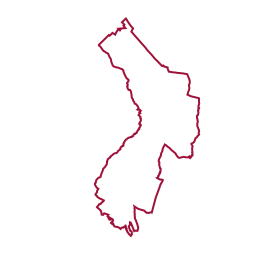 Lungesti, Vâlcea, Romania (Robinson projection), rotated 225°
{"feature_id": "2599482B14726435776236", "entity_name": "Lungesti", "entity_type": "district", "adm_level": 2, "iso_a3": "ROU", "parent_name": "Romania", "parent_adm1": "Vâlcea", "projection": "robinson", "projection_center": [24.176, 44.603], "detail": "fine", "context": "isolated", "style": "outline", "palette": "rose", "viewbox_px": 256, "rotation_deg": 225, "n_neighbors": 0, "source": "geoboundaries", "source_scale": "gbopen_adm2", "svg_char_len": 5720}
<svg xmlns="http://www.w3.org/2000/svg" viewBox="0 0 256 256"><g transform="rotate(225 128 128)"><path d="M206.9,203.9L207.0,198.5L203.6,198.5L203.6,197.2L200.5,196.8L204.6,191.9L202.9,192.2L202.7,191.3L204.8,190.9L203.6,186.0L203.1,185.0L206.3,184.2L206.2,183.6L206.2,180.3L207.3,180.2L207.4,166.2L207.0,165.9L206.4,165.8L205.0,166.0L199.9,165.1L199.0,165.5L196.5,165.9L194.6,166.5L191.4,165.2L188.8,164.6L186.6,163.0L182.9,161.4L181.5,161.4L181.3,161.6L179.0,162.7L177.7,163.7L174.3,165.1L173.7,165.5L171.9,165.4L171.0,164.6L169.6,164.1L168.7,163.6L165.7,162.6L164.1,162.2L162.9,162.4L161.5,162.3L161.4,162.1L161.0,161.8L160.9,161.2L160.6,160.6L160.7,159.6L160.4,159.0L159.9,158.8L158.9,158.6L158.1,156.8L157.9,156.7L157.3,156.8L156.8,156.0L156.4,155.8L154.7,155.4L154.3,155.5L154.0,156.0L153.6,156.3L152.4,156.1L151.5,155.7L149.0,154.0L147.0,152.3L145.4,151.8L145.0,151.9L143.7,151.0L142.8,150.8L142.1,150.9L141.8,150.6L142.0,150.5L141.6,150.5L140.6,150.0L140.1,150.1L139.4,150.5L138.9,150.5L136.3,150.2L135.4,149.9L134.5,149.4L134.5,149.2L134.4,148.9L134.4,148.5L134.1,148.3L134.2,147.8L133.7,148.0L133.5,148.4L133.5,148.9L133.4,149.0L132.8,149.2L131.2,149.2L131.2,148.8L131.0,148.5L131.2,147.9L131.2,147.1L129.8,147.1L130.0,145.8L129.7,144.6L127.0,144.7L126.2,143.6L125.5,143.7L124.9,142.9L124.5,142.8L123.8,141.6L123.7,140.7L123.2,139.1L122.8,138.8L122.3,139.2L122.0,138.9L121.4,139.2L120.9,139.1L120.8,138.8L120.8,138.2L120.4,137.7L120.0,135.6L119.5,135.5L119.3,135.3L119.3,135.0L119.7,134.7L119.2,133.4L119.3,132.9L119.1,132.2L119.0,131.7L118.9,131.3L118.6,131.1L118.4,130.4L118.8,129.7L118.7,128.9L119.3,128.6L119.1,128.1L119.4,127.4L119.0,126.4L118.7,126.0L118.8,125.7L118.8,125.2L119.3,124.7L119.1,124.4L119.1,124.1L119.9,123.3L120.0,122.6L120.8,121.3L120.8,121.0L121.0,120.2L121.0,119.0L121.3,118.3L121.1,117.3L121.1,116.6L120.6,115.6L120.7,115.2L120.4,114.4L120.3,114.2L120.0,114.0L120.0,113.3L119.8,113.1L119.2,112.8L119.1,112.4L118.7,112.0L119.4,111.0L119.2,110.5L119.5,109.8L119.1,108.2L118.6,108.0L118.4,107.8L118.5,106.9L118.4,106.3L118.8,105.2L118.7,104.1L118.4,103.6L118.4,102.1L119.3,101.1L119.9,99.5L119.9,98.8L119.8,98.2L120.2,96.4L120.0,95.6L120.1,95.4L120.0,95.2L120.1,94.9L119.8,94.6L120.0,94.2L120.0,92.8L120.2,91.9L119.6,90.3L119.2,90.0L119.2,89.4L118.5,88.9L117.4,87.5L117.3,87.1L117.1,86.4L117.1,85.7L116.7,84.4L116.7,81.5L115.7,80.0L114.7,77.3L114.2,76.5L113.7,75.2L112.8,74.1L113.2,72.9L113.7,72.0L113.7,69.7L113.7,69.2L113.0,67.6L112.1,66.6L112.2,65.6L111.9,65.1L111.3,64.6L108.9,63.9L107.9,63.8L105.9,64.0L105.6,62.0L104.6,60.8L104.4,60.3L104.2,58.3L103.9,58.0L103.5,57.8L102.3,57.8L101.5,58.0L100.7,57.6L98.3,58.1L96.4,58.9L93.9,59.7L93.8,59.2L93.6,59.0L93.7,57.3L93.9,57.0L93.8,56.7L93.9,55.7L93.6,55.1L93.6,54.8L94.5,53.8L94.5,53.3L94.2,52.8L94.1,50.8L94.1,50.4L94.0,50.1L92.9,50.1L91.8,50.3L88.8,50.3L88.2,50.0L88.1,49.8L86.8,49.3L85.4,48.1L84.2,49.0L84.5,50.8L80.5,52.8L80.0,51.2L76.8,51.9L77.9,50.5L76.3,50.0L74.5,52.5L73.4,52.3L73.1,51.8L73.0,50.9L72.6,50.9L72.4,50.7L72.4,50.3L73.0,49.7L73.0,48.9L72.8,48.8L71.1,49.0L71.1,49.6L70.7,49.8L68.2,48.8L67.0,49.4L64.7,51.0L61.9,51.4L62.1,51.9L61.9,52.5L62.0,53.0L61.6,53.7L61.2,53.9L60.9,54.3L61.0,55.0L60.7,55.4L60.7,56.1L60.5,56.5L60.8,57.3L60.2,57.8L60.5,57.4L59.7,56.7L58.8,56.1L58.5,56.1L58.7,55.6L57.0,55.1L57.1,54.9L54.6,54.0L54.4,54.1L52.1,53.6L51.8,53.8L51.4,53.9L50.2,53.6L49.7,53.7L50.1,55.7L52.4,57.4L53.6,56.9L55.0,57.4L57.8,59.0L58.0,59.5L58.0,60.7L59.9,62.7L59.2,63.0L58.5,62.8L50.7,59.5L50.6,60.2L48.6,62.0L50.1,64.5L50.6,65.0L52.1,65.7L53.7,66.7L55.0,67.2L56.9,68.2L58.6,68.7L59.6,69.2L60.0,69.8L61.7,71.1L62.2,71.9L63.5,72.7L65.2,74.7L66.7,75.8L67.0,76.4L67.2,76.6L68.0,77.1L65.4,77.6L63.8,78.0L61.4,79.2L60.3,79.9L60.0,79.9L59.2,80.5L57.9,81.1L57.3,81.2L56.7,81.0L55.0,81.1L54.2,82.0L53.5,82.3L52.4,84.3L52.1,84.7L51.4,85.0L59.3,98.7L63.4,107.6L65.2,111.3L65.9,114.4L66.6,115.8L67.9,115.3L68.6,114.4L70.0,113.8L71.4,113.4L71.4,113.6L71.9,113.5L71.6,114.0L72.3,114.6L72.3,115.1L72.7,115.3L72.6,116.1L72.9,116.5L73.4,117.9L73.9,118.6L74.0,118.8L73.5,118.9L74.4,120.5L75.2,121.1L76.0,122.3L76.3,122.4L76.7,122.2L77.1,122.3L80.1,124.2L80.5,124.5L81.1,125.6L81.5,125.9L82.6,126.0L83.7,127.4L84.7,129.8L84.7,130.2L85.1,131.5L86.4,133.1L87.4,136.0L88.6,137.6L89.7,140.3L89.7,141.2L90.3,142.3L88.9,142.7L85.9,142.9L84.6,143.3L82.0,143.1L77.2,143.6L76.4,143.6L75.2,143.2L72.1,142.7L71.3,142.8L70.5,143.3L68.3,146.9L65.9,148.6L65.0,149.5L64.8,150.0L64.4,151.7L63.9,151.7L63.2,150.5L62.8,150.6L62.9,152.6L63.2,153.4L63.6,154.1L63.2,154.4L64.5,155.7L65.2,155.9L65.3,156.4L66.5,157.3L67.5,158.4L68.4,159.0L68.6,159.5L69.3,160.6L70.1,161.1L70.9,161.1L72.0,161.6L72.0,162.1L71.5,163.4L71.4,164.7L71.9,166.3L73.0,168.2L73.0,168.5L72.8,169.6L72.9,170.1L72.8,170.5L73.2,171.7L73.0,172.7L73.2,173.8L74.2,174.2L74.6,174.5L75.4,176.0L76.0,176.5L80.7,178.6L82.2,180.2L83.0,181.8L83.4,182.1L84.7,182.8L85.0,183.3L85.9,183.7L87.8,185.2L87.9,185.5L87.7,186.4L88.4,187.8L89.2,188.7L89.6,189.1L90.4,189.5L90.8,189.9L91.0,190.2L90.9,190.5L91.1,190.6L91.9,191.4L91.9,191.7L91.7,192.1L91.9,192.5L92.9,192.5L93.7,193.3L94.2,194.4L95.0,195.7L97.0,197.3L97.8,198.3L98.3,198.6L98.6,199.1L98.8,199.2L99.8,198.7L106.0,194.9L109.5,193.6L110.2,194.9L110.8,195.8L111.8,198.2L112.9,199.7L115.4,201.5L115.6,202.4L116.0,203.3L117.2,204.6L118.7,205.6L124.1,207.9L125.2,207.2L127.7,205.5L132.3,201.7L133.8,200.7L134.6,199.9L139.0,196.7L142.3,198.2L142.8,198.8L144.3,198.0L145.9,197.0L146.3,197.2L147.4,197.1L147.6,196.0L148.3,195.9L154.9,196.1L158.2,196.0L158.8,196.1L163.3,196.5L169.3,196.7L172.9,197.2L177.2,197.4L193.7,198.5L194.9,202.0L196.3,202.0L199.1,202.3L203.4,203.1L206.4,203.9L206.9,203.9Z" fill="none" stroke="#9f1239" stroke-width="2"/></g></svg>